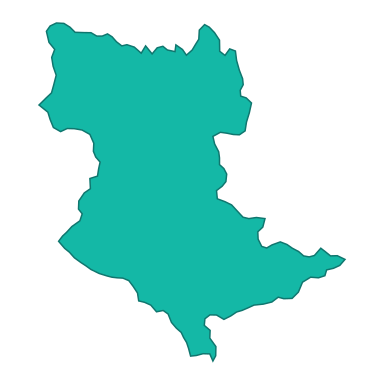 outline of Marilac, Minas Gerais, Brazil
{"feature_id": "56859067B78611277191853", "entity_name": "Marilac", "entity_type": "district", "adm_level": 2, "iso_a3": "BRA", "parent_name": "Brazil", "parent_adm1": "Minas Gerais", "projection": "robinson", "projection_center": [-42.067, -18.5], "detail": "fine", "context": "isolated", "style": "filled", "palette": "teal", "viewbox_px": 384, "rotation_deg": 0, "n_neighbors": 0, "source": "geoboundaries", "source_scale": "gbopen_adm2", "svg_char_len": 2225}
<svg xmlns="http://www.w3.org/2000/svg" viewBox="0 0 384 384"><path d="M212.9,361.0L215.7,355.8L215.9,346.6L209.8,338.1L210.1,330.4L204.3,325.4L204.9,318.8L209.9,314.9L216.5,315.0L223.9,319.4L231.0,315.8L236.6,312.0L242.1,310.4L247.9,307.9L254.0,305.1L263.4,304.1L271.9,302.0L278.2,297.2L283.8,298.7L292.1,298.4L298.4,292.1L302.5,282.2L310.6,277.2L318.5,277.8L324.9,275.7L326.6,269.9L333.5,268.3L339.8,265.4L345.0,259.4L337.3,255.7L330.5,255.9L325.2,251.6L320.8,248.2L314.4,255.5L309.2,256.9L303.6,255.9L298.7,251.6L292.3,248.2L287.0,244.5L280.3,241.9L272.0,244.9L266.7,248.0L261.7,246.4L258.1,239.1L257.8,231.8L262.8,227.1L265.0,218.6L256.4,217.5L248.8,218.6L243.0,217.2L237.5,211.3L231.6,204.9L224.8,201.6L217.3,198.8L216.5,190.6L222.2,186.2L225.9,181.6L226.7,174.1L223.9,168.6L219.5,164.6L219.5,157.9L218.7,151.8L214.6,143.9L212.9,136.4L220.4,132.3L226.9,133.2L233.3,134.5L239.4,134.8L245.1,130.9L246.5,122.0L249.3,112.9L251.5,103.0L246.2,97.9L240.7,96.1L240.2,90.3L243.2,84.7L242.6,78.7L239.3,70.1L236.6,60.5L235.4,51.0L229.7,48.9L225.0,55.4L219.7,51.3L219.5,40.2L214.5,32.6L209.3,27.2L204.6,24.6L199.3,30.1L198.8,39.2L195.6,44.3L192.2,50.0L186.4,55.2L182.5,49.5L175.9,44.9L175.0,51.6L167.4,50.0L162.9,46.3L157.2,47.8L152.1,53.9L145.6,45.9L141.2,53.2L134.3,47.1L126.9,44.7L121.8,45.9L116.5,41.8L112.1,36.8L107.5,33.9L102.2,36.1L96.8,36.1L91.0,32.7L84.0,32.6L75.1,32.3L70.0,27.2L63.9,23.4L56.4,23.0L50.1,26.0L46.4,31.3L49.0,42.4L54.7,49.4L51.7,57.4L53.1,66.2L56.2,75.2L53.8,84.6L51.5,92.9L46.2,97.9L39.0,105.0L43.2,108.4L47.9,112.2L50.1,119.4L53.4,127.5L60.6,131.6L67.2,128.5L74.4,128.7L82.0,130.0L89.9,134.4L93.8,143.3L93.4,151.3L95.7,157.0L100.1,162.1L98.6,169.0L97.5,176.1L89.9,178.5L90.4,188.7L84.3,192.9L78.8,201.0L78.5,209.1L82.2,213.8L79.9,220.8L71.9,226.5L66.5,232.4L62.6,236.0L58.6,241.3L64.7,248.4L69.4,252.2L74.4,257.8L81.0,262.6L85.9,265.8L91.0,269.5L99.2,273.5L106.9,275.9L111.9,277.2L117.1,277.8L122.7,278.1L128.8,280.6L133.1,286.3L137.5,293.0L138.7,300.9L144.5,302.3L150.8,305.1L156.5,311.8L163.2,310.5L168.1,314.0L171.5,322.5L176.5,328.3L181.2,332.4L183.6,337.5L186.6,342.5L188.6,348.5L190.6,356.1L196.3,355.5L203.0,353.7L209.8,353.9L212.9,361.0Z" fill="#14b8a6" stroke="#0f766e" stroke-width="1.5"/></svg>